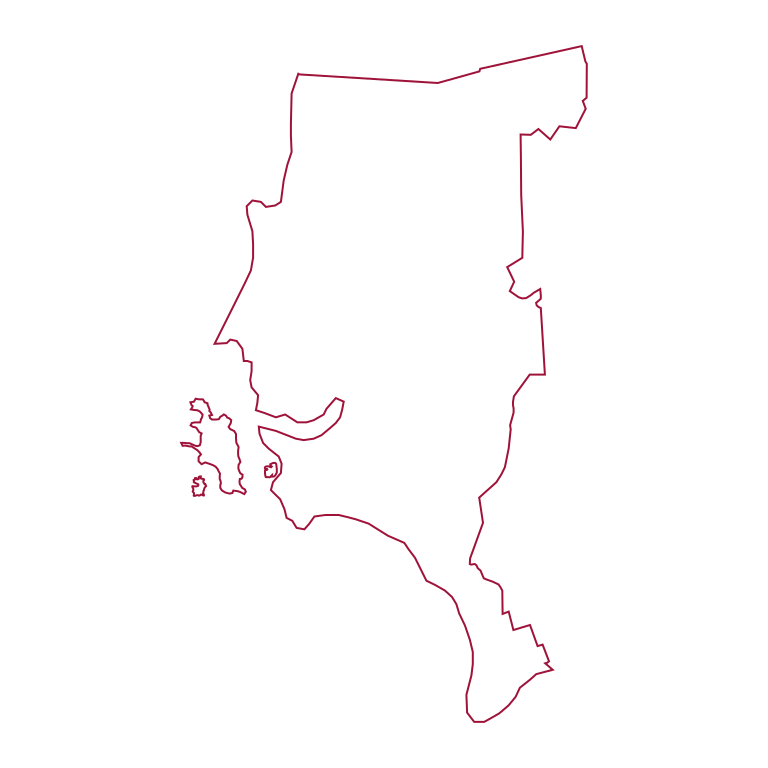 Manjung, Perak, Malaysia
{"feature_id": "92858781B15023786189250", "entity_name": "Manjung", "entity_type": "district", "adm_level": 2, "iso_a3": "MYS", "parent_name": "Malaysia", "parent_adm1": "Perak", "projection": "orthographic", "projection_center": [100.622, 4.278], "detail": "fine", "context": "isolated", "style": "outline", "palette": "rose", "viewbox_px": 768, "rotation_deg": 0, "n_neighbors": 0, "source": "geoboundaries", "source_scale": "gbopen_adm2", "svg_char_len": 5554}
<svg xmlns="http://www.w3.org/2000/svg" viewBox="0 0 768 768"><path d="M437.9,83.0L299.2,74.4L298.3,73.8L291.6,93.5L290.9,124.2L290.9,135.6L291.6,152.0L287.3,164.9L283.7,180.5L280.9,201.9L275.2,205.5L265.9,206.9L260.9,201.9L252.4,200.5L246.7,206.2L247.4,214.8L252.4,231.2L253.1,244.7L253.1,257.6L250.9,270.4L244.5,283.9L233.1,306.8L214.6,343.8L226.7,343.1L230.3,339.6L236.7,341.0L242.4,348.8L243.8,361.0L247.4,361.0L251.6,362.4L251.6,371.0L250.2,380.2L251.6,387.4L258.1,395.2L257.3,403.1L255.9,410.2L264.5,413.0L275.9,417.3L285.2,414.5L297.3,422.3L306.6,422.3L313.7,420.2L323.7,414.5L326.5,408.8L335.8,398.1L343.7,401.6L342.2,409.5L340.1,417.3L335.8,423.0L330.1,428.0L321.5,435.2L313.7,438.7L303.7,440.1L295.9,438.7L275.9,430.9L258.8,426.6L259.5,433.7L263.1,443.0L268.8,448.7L278.7,456.5L281.6,463.7L280.9,473.0L273.0,482.2L270.9,490.1L280.2,499.3L284.5,509.3L286.6,517.9L292.3,520.8L296.6,527.9L304.4,529.3L309.4,523.6L314.4,516.5L325.1,515.0L338.7,515.0L347.9,517.2L355.8,519.3L368.6,523.6L387.9,535.7L404.3,542.9L408.6,549.3L415.0,557.8L418.6,565.0L426.4,580.7L435.0,584.9L445.0,590.6L452.1,597.1L456.4,604.2L459.2,613.5L465.0,625.6L469.9,639.9L472.8,652.0L472.8,664.1L471.4,675.5L466.4,694.8L467.1,712.6L474.2,721.9L480.0,721.9L484.2,721.9L490.7,718.3L499.2,713.4L508.5,705.5L515.6,696.9L519.9,687.7L529.9,679.8L536.3,674.1L552.7,669.8L545.2,663.3L547.3,662.7L549.0,661.3L542.6,644.6L537.6,646.1L530.0,625.0L513.4,630.0L508.7,611.6L502.6,613.9L502.3,590.6L500.2,586.8L498.5,584.4L495.5,583.0L492.3,581.5L487.1,579.7L483.8,578.3L482.4,575.1L480.6,570.7L477.7,568.1L476.5,565.4L474.8,564.0L471.0,564.6L469.8,564.0L470.1,558.4L483.0,522.8L479.2,497.6L496.4,482.2L501.4,474.3L504.9,467.2L508.7,448.3L510.7,429.3L510.1,425.2L513.6,412.6L513.6,408.5L513.0,405.0L513.0,401.8L513.9,396.3L529.7,374.6L544.9,374.6L540.8,308.0L538.7,307.1L536.7,305.4L536.1,302.8L539.0,300.4L540.8,298.7L540.8,295.2L540.2,289.0L533.7,292.8L530.8,295.2L526.1,298.1L522.1,298.4L518.6,297.2L509.8,291.1L514.2,281.7L507.2,267.1L522.3,257.8L522.9,231.8L521.2,195.0L520.9,157.9L520.6,134.5L530.8,134.8L538.4,129.0L550.3,139.5L559.4,126.3L575.8,128.1L585.7,108.8L582.8,100.9L586.6,97.7L586.8,63.8L585.4,61.5L581.7,46.1L480.2,68.8L479.4,71.4L438.1,82.9L437.9,83.0ZM195.7,398.7L193.9,401.7L190.4,402.3L191.5,405.0L192.7,406.1L192.1,407.6L190.9,409.4L194.2,410.0L197.5,410.3L199.8,411.5L202.5,414.4L202.5,415.6L201.9,417.7L201.0,419.2L200.4,421.6L200.1,422.4L196.6,422.4L194.8,422.4L191.8,423.0L190.6,425.4L193.0,426.9L195.1,427.2L196.6,428.1L197.5,429.6L199.2,432.2L201.6,433.4L200.7,435.8L200.7,438.4L200.7,442.3L199.8,445.3L197.5,446.1L195.4,445.8L189.5,443.2L187.1,443.2L184.4,442.9L181.2,442.9L182.6,445.8L185.3,445.6L189.5,446.4L191.5,446.4L195.7,449.1L197.5,450.3L199.5,452.4L201.0,454.4L198.6,457.1L198.6,459.5L198.6,461.3L201.6,464.2L205.2,462.4L209.6,463.9L212.9,465.1L215.5,466.6L217.6,469.0L218.5,471.0L220.0,473.7L219.7,476.4L219.7,479.0L220.6,481.1L220.9,483.5L220.3,484.7L220.3,487.9L221.8,490.3L225.0,492.4L229.5,493.6L232.4,493.0L233.3,490.6L237.8,491.2L240.4,492.1L244.3,494.1L245.8,491.8L244.9,489.4L242.2,487.9L241.0,485.9L239.8,484.1L239.5,481.7L239.8,479.0L241.6,478.7L242.5,477.0L242.5,474.6L240.4,473.4L239.2,471.0L238.3,468.1L238.6,464.8L240.4,461.9L239.5,459.2L238.3,456.2L238.1,453.9L238.1,450.9L238.6,447.0L237.2,444.4L236.3,442.6L236.0,438.1L236.0,434.0L234.2,431.0L231.8,429.9L230.1,429.0L228.6,426.9L229.8,424.8L230.9,422.7L231.2,420.1L229.2,418.3L227.4,417.7L225.9,415.6L223.8,414.4L222.4,415.6L220.3,416.8L219.4,418.3L218.8,419.2L216.4,419.5L214.4,419.5L212.0,419.5L210.2,418.3L209.3,415.6L212.0,415.0L210.5,412.1L209.3,410.9L209.6,409.4L208.4,406.7L207.5,404.4L207.5,403.2L204.6,402.3L203.7,400.5L202.8,399.3L198.7,399.3L195.7,398.7ZM203.8,479.1L203.0,478.9L202.2,478.8L201.3,478.7L200.6,478.1L200.8,477.4L200.8,476.4L199.5,476.5L199.0,476.8L198.6,477.4L198.6,477.9L198.6,478.7L198.5,479.1L197.1,479.4L196.7,479.2L196.5,478.4L196.1,478.0L195.5,478.1L195.0,478.1L194.9,478.5L195.0,479.4L194.7,479.7L194.0,479.8L193.6,480.1L193.9,480.7L193.8,481.7L193.8,482.1L194.3,482.5L195.1,482.8L195.6,483.2L196.5,483.5L197.5,483.9L198.2,484.3L198.4,485.0L198.1,485.8L197.5,486.1L196.8,486.3L196.1,486.4L195.2,486.4L193.6,486.3L192.9,486.1L192.3,486.4L192.4,486.8L192.5,487.4L192.8,487.9L193.2,488.5L193.3,489.5L193.3,490.3L192.9,490.9L192.7,491.4L192.9,491.9L193.4,492.4L194.0,493.0L194.0,493.8L193.9,494.6L193.7,495.3L194.0,495.9L194.6,495.8L195.4,495.8L196.1,495.4L197.0,495.2L197.8,495.2L198.4,495.4L199.1,495.6L199.7,495.5L200.2,495.1L200.6,494.7L201.2,494.7L202.0,494.7L202.3,495.1L202.5,495.2L203.4,495.5L203.9,495.4L203.8,494.4L203.0,493.4L203.3,492.5L203.4,491.8L203.4,491.1L203.7,490.6L204.0,489.9L204.1,489.1L204.4,488.3L204.8,487.6L205.2,487.0L206.1,486.1L205.3,484.1L204.6,484.2L204.4,483.9L204.1,483.3L203.8,482.9L203.4,482.3L203.3,481.5L203.3,481.0L203.6,480.4L204.0,480.2L204.1,479.8L203.8,479.1ZM276.5,466.4L276.4,465.0L276.0,463.6L275.1,462.9L273.0,463.0L272.2,463.3L271.3,463.8L270.3,464.2L270.2,464.7L270.5,465.3L270.9,465.7L271.8,466.5L271.0,467.3L270.1,467.0L269.6,466.7L268.6,466.3L267.8,466.3L266.6,466.3L265.2,467.0L264.9,467.6L264.9,468.4L265.3,468.9L266.1,469.0L267.1,469.0L267.3,469.4L266.7,470.0L265.7,470.1L265.1,470.3L264.9,470.9L265.0,471.8L265.0,472.7L265.1,474.5L265.7,477.0L266.3,477.2L267.2,477.1L268.2,477.1L269.1,477.3L270.1,477.1L270.9,476.6L271.1,475.9L271.9,475.2L271.8,475.8L271.8,476.6L272.6,476.6L273.6,476.5L274.4,476.3L275.4,475.2L276.8,472.6L276.8,469.0L276.5,466.4Z" fill="none" stroke="#9f1239" stroke-width="2"/></svg>